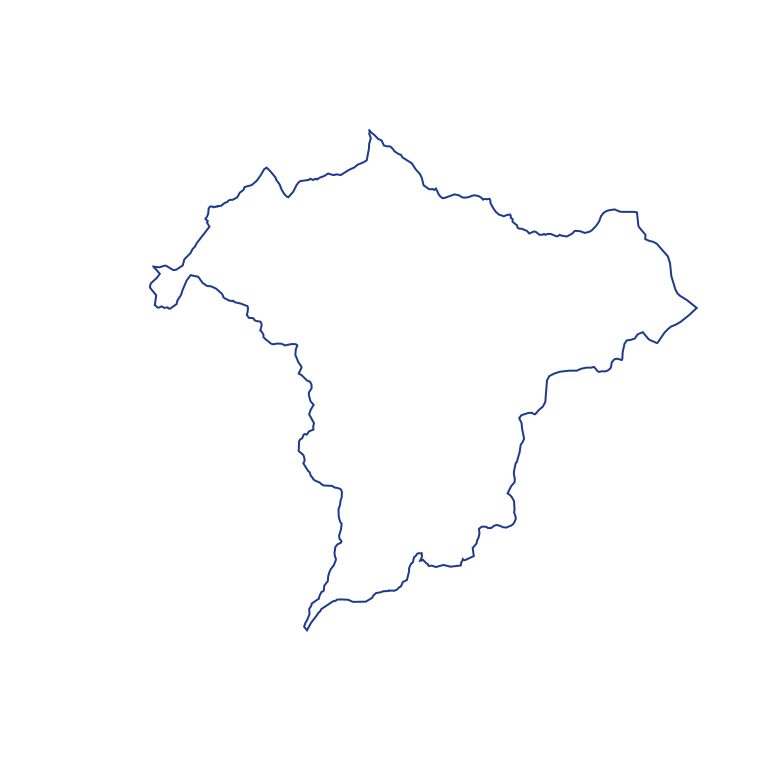 the district of Biertan, Sibiu, Romania, rotated 293°
{"feature_id": "2599482B62458739766524", "entity_name": "Biertan", "entity_type": "district", "adm_level": 2, "iso_a3": "ROU", "parent_name": "Romania", "parent_adm1": "Sibiu", "projection": "natural_earth1", "projection_center": [24.526, 46.113], "detail": "fine", "context": "isolated", "style": "outline", "palette": "blue", "viewbox_px": 768, "rotation_deg": 293, "n_neighbors": 0, "source": "geoboundaries", "source_scale": "gbopen_adm2", "svg_char_len": 6166}
<svg xmlns="http://www.w3.org/2000/svg" viewBox="0 0 768 768"><g transform="rotate(293 384 384)"><path d="M612.4,595.4L619.6,580.5L620.1,576.4L619.4,572.4L619.4,567.9L623.6,566.3L627.5,558.4L628.9,556.4L640.8,549.8L640.2,547.0L635.3,535.4L634.8,533.4L634.8,528.0L631.6,522.9L629.6,520.8L627.0,519.1L623.3,518.2L617.6,518.5L612.6,517.5L606.8,515.3L604.4,513.6L601.5,509.8L601.3,504.9L599.9,500.6L599.1,499.5L596.3,498.7L591.3,494.8L589.9,489.3L590.0,487.4L587.9,486.2L587.3,484.9L587.3,478.8L586.0,475.9L584.4,474.4L584.7,472.7L583.2,471.4L582.1,468.7L583.2,465.0L583.3,463.2L582.7,462.1L579.3,458.9L580.7,455.9L580.8,454.6L580.6,452.0L580.9,450.6L580.0,448.3L579.9,446.7L580.0,446.0L582.0,444.4L583.5,439.0L586.0,438.0L586.5,435.8L588.2,435.1L589.3,433.8L587.3,430.8L585.2,428.7L584.9,423.2L585.7,421.4L585.9,420.1L588.5,415.9L592.2,411.3L594.7,410.0L595.5,409.1L595.6,408.5L594.4,406.8L593.5,403.9L592.4,403.2L593.5,400.9L593.9,397.8L593.2,393.9L591.8,391.6L589.0,388.8L586.8,385.0L586.4,382.8L587.0,379.3L586.1,374.8L578.7,366.8L577.9,365.1L578.8,362.2L579.7,360.6L584.2,355.4L582.3,354.4L582.4,352.2L581.7,351.5L581.0,349.3L582.4,342.8L588.2,338.5L591.2,335.2L594.1,329.1L598.0,323.4L599.8,312.4L601.6,310.0L601.4,307.4L602.3,302.8L603.9,300.1L605.1,297.0L603.8,293.3L603.6,290.5L607.2,286.7L607.4,282.7L609.4,278.0L610.4,274.3L612.3,270.6L610.8,272.3L608.7,272.5L605.2,275.8L599.3,276.5L594.3,278.3L583.1,280.7L579.8,278.3L575.5,274.0L571.8,272.1L567.4,268.1L559.5,262.6L558.3,258.1L556.8,256.4L556.4,255.0L555.9,250.3L552.3,247.9L548.7,244.1L546.4,242.7L546.1,242.1L546.5,241.8L545.7,240.2L544.0,238.9L544.2,236.3L543.7,235.6L542.6,235.2L538.1,227.7L536.1,226.5L533.0,225.8L525.3,225.3L518.6,223.0L518.5,221.4L519.7,218.3L522.8,213.9L526.8,210.1L530.2,204.5L531.6,203.6L535.4,196.3L537.3,191.4L535.0,189.8L527.8,188.9L521.2,187.4L515.3,184.4L511.0,178.9L510.2,178.6L508.8,179.0L507.0,178.4L503.8,176.5L498.5,176.0L494.5,172.8L493.3,170.4L492.0,169.1L490.2,168.6L488.6,166.7L484.3,164.4L482.9,161.6L482.1,161.4L482.1,160.4L481.1,159.6L480.8,158.3L480.1,158.0L480.1,155.7L479.2,154.5L477.2,154.0L471.8,155.7L469.0,155.7L466.2,155.1L465.1,158.1L463.5,157.9L460.6,161.9L440.9,156.7L436.1,156.2L433.8,155.1L428.8,154.7L420.8,151.5L414.5,152.4L408.2,148.2L406.8,146.3L406.6,145.2L407.7,137.2L407.3,136.0L403.6,131.5L402.0,125.9L401.5,126.3L400.3,129.7L397.8,134.6L393.2,133.5L386.1,130.3L384.6,130.0L381.3,130.9L376.6,139.7L367.0,142.2L367.1,142.8L366.0,145.0L366.0,145.8L366.4,147.0L368.6,149.0L368.2,152.0L370.0,154.9L369.4,156.1L369.7,157.6L376.6,161.9L380.1,161.2L386.9,162.4L391.4,161.9L402.1,161.9L408.6,163.4L410.1,171.1L406.2,177.5L405.2,181.8L405.3,183.9L405.9,184.8L406.3,186.8L406.2,192.2L403.8,199.3L402.7,200.9L401.0,202.4L400.5,204.9L400.5,207.3L400.2,209.2L400.8,210.5L400.8,211.9L401.7,212.6L401.0,214.8L402.1,221.0L402.3,227.9L401.1,229.0L397.0,230.3L394.1,230.7L393.4,231.6L392.1,234.0L393.4,237.3L393.3,238.5L392.3,239.6L392.0,241.6L393.1,245.9L391.7,247.6L390.1,248.5L384.9,249.2L384.8,250.2L382.4,253.7L380.1,254.7L379.1,256.9L377.0,264.2L377.3,266.6L379.4,269.7L381.0,273.8L380.9,277.9L384.3,282.7L385.9,286.2L386.1,287.5L385.7,289.1L381.4,289.3L376.2,291.0L370.9,296.3L368.1,300.6L367.0,301.7L360.3,301.4L359.9,304.8L357.1,311.9L357.2,315.1L355.1,317.5L351.9,319.0L346.8,318.2L344.4,319.2L339.5,323.0L337.3,327.4L332.0,326.6L326.9,326.9L320.5,334.9L317.2,335.4L314.4,336.9L311.2,333.5L307.2,332.7L307.1,330.8L305.9,329.8L302.0,329.9L300.5,328.6L298.2,328.2L288.9,331.7L287.3,337.0L286.5,338.1L284.6,339.7L282.3,340.9L279.4,340.8L274.2,348.3L273.7,350.1L270.8,352.6L269.5,355.5L268.6,356.2L268.1,358.8L268.2,363.3L267.3,365.6L267.1,368.3L269.9,376.0L269.4,379.1L270.1,381.6L270.3,384.3L270.0,385.7L268.0,387.5L263.3,389.3L259.9,389.5L255.4,390.8L250.8,391.1L244.0,394.3L240.3,397.2L238.7,399.6L233.9,401.1L226.6,402.0L224.2,403.5L222.7,406.2L222.2,406.4L221.1,406.3L218.0,403.7L214.7,402.9L208.7,404.6L205.9,406.4L204.4,408.0L202.7,408.5L197.5,408.6L192.5,407.3L188.9,407.3L185.1,407.8L180.6,409.3L175.1,407.8L170.6,409.2L169.5,409.0L168.1,407.7L163.5,407.4L161.1,408.0L153.7,403.3L151.3,403.7L147.9,403.0L142.9,405.4L137.4,405.5L132.9,405.0L129.4,405.3L127.2,409.3L135.8,410.2L145.8,412.8L146.8,412.7L150.4,414.2L152.4,414.3L164.0,421.9L165.6,424.2L167.2,425.0L169.2,429.3L171.4,435.4L171.3,440.0L171.6,441.2L176.5,452.2L182.4,456.6L185.3,456.9L188.4,458.3L191.1,462.5L192.9,464.3L195.1,468.8L195.9,469.2L195.9,470.1L196.4,470.7L197.8,474.4L200.0,476.4L202.6,477.3L204.4,478.7L209.1,478.7L212.5,481.7L221.3,480.3L224.2,479.1L226.8,479.0L229.8,479.3L230.4,480.0L231.6,480.2L236.2,479.3L237.9,480.3L240.9,481.0L241.9,482.2L242.3,483.8L243.0,484.6L241.2,485.9L239.3,486.5L235.4,486.3L236.0,487.4L237.4,488.5L235.5,493.1L235.4,494.6L233.9,496.3L235.5,499.0L235.8,503.3L240.7,509.5L241.8,516.6L247.0,525.6L250.1,524.8L251.6,525.2L253.6,525.0L253.1,526.1L253.5,527.4L260.7,533.9L267.7,529.7L273.3,531.5L276.6,530.8L279.2,531.1L283.6,530.3L287.8,528.0L290.8,529.7L291.2,530.4L292.5,533.8L292.0,536.1L293.4,539.0L296.6,540.8L298.4,543.1L298.8,547.1L298.6,549.2L299.6,552.7L303.8,556.7L305.8,557.7L308.7,558.1L311.8,557.9L314.1,556.3L316.6,553.9L319.5,553.2L327.1,549.4L330.1,545.4L331.2,542.7L331.6,540.5L339.9,541.0L344.5,542.6L348.1,541.4L350.4,539.6L353.5,538.0L360.1,536.6L363.0,536.2L363.4,536.6L365.2,536.6L374.1,535.5L381.4,533.6L384.8,534.3L388.5,534.3L396.6,528.7L401.6,526.0L405.4,521.8L409.0,522.7L413.7,528.1L415.2,531.3L414.9,534.3L415.4,535.1L420.8,536.8L425.4,539.1L430.5,539.5L451.1,532.6L455.9,533.1L460.0,536.5L464.0,541.1L468.7,549.4L471.7,556.4L475.2,559.6L478.4,564.4L480.0,568.4L481.5,570.1L481.7,570.9L479.2,575.7L479.2,577.3L480.7,579.3L482.2,582.9L483.6,584.5L486.5,586.2L487.9,586.4L493.0,585.2L496.3,586.2L497.5,587.3L498.5,589.2L499.0,593.5L500.1,593.6L506.5,591.3L514.8,589.7L519.0,590.4L520.6,593.3L523.8,597.1L527.9,597.8L529.3,598.5L532.8,602.0L528.9,609.5L528.4,611.3L528.3,619.2L528.8,619.7L540.7,622.1L545.2,623.8L549.2,625.9L552.4,629.2L557.0,632.7L567.0,638.1L576.2,642.1L579.6,630.2L580.9,621.8L582.2,618.4L585.1,615.1L595.5,606.4L607.1,600.0L612.4,595.4Z" fill="none" stroke="#1e3a8a" stroke-width="2"/></g></svg>